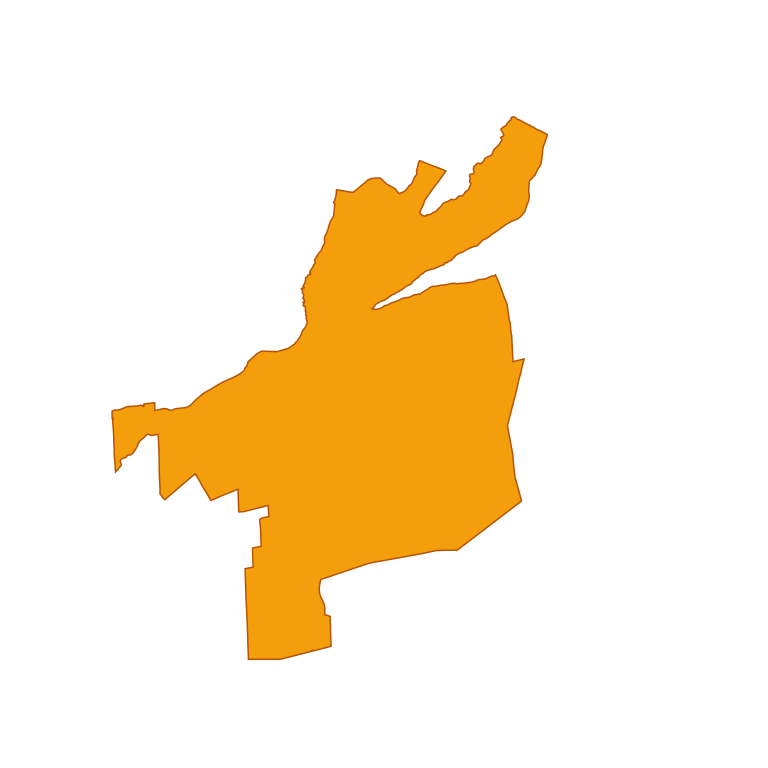 Baia, Suceava, Romania (Robinson projection), rotated 133°
{"feature_id": "2599482B74007881271800", "entity_name": "Baia", "entity_type": "district", "adm_level": 2, "iso_a3": "ROU", "parent_name": "Romania", "parent_adm1": "Suceava", "projection": "robinson", "projection_center": [26.198, 47.421], "detail": "fine", "context": "isolated", "style": "filled", "palette": "amber", "viewbox_px": 768, "rotation_deg": 133, "n_neighbors": 0, "source": "geoboundaries", "source_scale": "gbopen_adm2", "svg_char_len": 6160}
<svg xmlns="http://www.w3.org/2000/svg" viewBox="0 0 768 768"><g transform="rotate(133 384 384)"><path d="M631.4,520.4L627.5,520.3L625.2,520.7L623.0,520.6L621.9,521.3L621.7,522.2L620.4,524.2L618.5,524.9L616.7,524.5L614.8,523.1L612.5,522.7L611.8,522.9L610.9,522.7L610.2,522.4L608.7,521.0L605.8,520.4L600.9,521.2L597.4,522.2L594.8,523.2L592.0,523.7L585.9,523.0L582.7,523.0L581.6,522.2L580.1,518.8L575.9,515.8L575.0,514.7L586.6,502.7L603.9,486.1L613.2,476.5L616.8,473.2L617.2,472.7L617.6,469.8L617.9,469.3L618.1,465.4L592.6,462.6L578.4,460.8L581.0,451.7L582.7,447.0L585.1,438.0L587.3,431.3L580.6,428.1L577.3,426.9L560.5,419.0L576.6,403.0L573.4,399.8L551.9,385.9L559.5,377.6L561.4,379.2L564.9,381.7L567.7,382.5L568.7,381.8L571.4,378.7L571.3,378.4L586.5,363.1L593.6,368.3L607.2,354.9L613.8,359.6L633.8,339.8L651.7,321.4L677.8,295.4L656.0,272.1L628.7,254.6L628.6,255.1L626.9,253.7L626.9,253.3L611.9,243.9L590.7,264.9L593.0,270.0L588.1,274.6L585.8,277.6L582.5,285.8L580.6,288.8L578.0,291.8L574.0,294.6L570.0,296.9L528.2,274.3L523.8,271.7L481.1,239.8L470.3,232.3L463.4,225.5L457.4,218.9L456.5,218.3L456.1,217.2L375.7,203.6L363.8,223.0L363.8,223.4L355.8,232.9L347.7,241.8L330.3,265.3L298.9,282.4L290.2,287.6L283.3,291.2L274.3,296.4L270.1,298.6L279.7,304.9L261.0,324.2L261.0,324.7L252.7,334.1L252.1,335.6L241.5,348.7L239.5,353.3L231.1,369.9L228.2,376.9L229.6,377.1L231.9,379.0L237.1,381.2L239.7,382.9L243.3,386.1L247.5,387.9L250.4,389.9L257.1,395.3L257.5,396.1L258.0,396.3L258.3,397.0L259.4,397.5L261.0,399.1L262.5,401.6L263.2,402.3L264.0,402.6L264.7,403.4L269.3,406.5L273.5,410.2L276.9,412.5L279.3,414.9L282.1,416.2L284.5,416.6L287.3,417.5L291.7,418.6L293.6,418.6L294.4,419.1L294.2,419.8L294.6,420.4L295.6,420.5L298.5,422.9L303.0,424.5L307.1,427.8L309.5,429.1L312.2,430.0L316.0,431.8L320.0,434.1L323.5,435.0L326.5,437.1L329.6,437.6L333.7,439.8L335.5,441.4L337.0,444.0L335.6,443.9L330.4,444.3L329.5,443.6L328.1,443.5L324.1,441.8L322.3,440.7L312.4,438.7L311.5,437.9L309.6,437.6L307.8,436.7L301.1,434.9L297.2,434.4L293.0,432.5L291.2,432.4L288.4,432.8L287.2,432.4L285.4,432.3L282.5,431.6L279.2,431.8L276.5,430.9L273.9,430.7L270.6,429.3L265.4,426.0L264.4,425.5L263.3,425.3L262.3,424.5L258.7,423.1L257.6,422.4L255.3,421.4L254.9,421.5L254.4,422.0L253.2,421.7L252.7,420.9L251.8,420.3L250.7,420.6L249.6,420.3L248.8,419.5L247.5,419.1L240.5,419.1L237.2,418.2L233.7,416.4L228.4,414.8L224.0,413.0L219.2,410.1L211.4,409.9L206.1,407.9L201.0,407.2L197.0,406.1L185.2,403.8L178.3,401.8L172.0,398.7L168.5,398.3L166.2,398.2L161.5,398.7L156.2,401.3L151.0,403.3L147.1,406.1L144.5,409.6L137.1,415.7L135.6,416.1L128.4,416.0L122.4,417.9L116.3,419.1L111.0,422.6L102.7,428.9L91.3,433.9L90.2,434.8L92.3,442.5L93.5,445.2L94.4,450.6L95.3,452.5L95.3,454.1L96.7,457.5L98.2,464.2L99.4,467.3L99.6,469.7L100.1,471.2L100.5,471.9L102.4,472.6L103.2,472.2L103.8,471.1L104.3,471.1L105.3,471.8L107.2,471.5L109.0,471.8L109.8,471.7L111.1,471.0L115.3,472.1L117.5,472.4L118.6,471.3L118.5,470.5L119.5,468.3L119.7,467.3L120.6,465.9L121.0,465.8L121.8,466.0L123.1,466.8L124.5,466.7L124.6,465.1L124.9,464.4L125.9,463.6L126.5,463.5L127.2,463.9L127.8,463.8L129.1,463.3L131.3,463.0L137.3,463.5L143.1,461.5L144.3,461.8L147.7,463.3L150.0,464.1L150.8,464.0L151.8,463.4L153.1,463.2L156.3,463.3L157.4,463.8L157.8,464.6L157.9,465.4L158.8,466.3L161.0,466.2L162.7,466.6L165.3,465.8L166.2,464.8L168.1,462.0L168.7,461.9L169.5,462.1L171.7,464.1L172.7,464.0L173.3,463.6L174.4,461.7L177.8,459.2L178.0,458.8L178.0,457.7L178.3,457.1L179.6,456.3L181.0,456.1L182.8,455.4L183.7,454.7L184.4,454.9L185.5,454.8L187.6,455.6L191.5,455.0L193.5,455.2L195.1,457.2L196.8,457.6L199.3,457.4L200.1,457.6L202.4,459.2L202.9,460.9L205.2,461.1L208.7,462.7L209.9,463.5L212.0,463.9L215.7,463.4L218.2,463.8L221.0,463.7L222.7,463.9L225.5,465.2L227.5,465.4L229.0,466.2L230.7,467.8L231.4,468.2L232.8,467.9L234.6,470.8L234.5,473.9L234.2,474.9L225.3,477.8L221.8,479.5L206.7,481.6L200.2,482.1L186.0,484.0L187.8,489.1L191.7,498.3L196.1,509.8L196.6,510.3L198.8,509.7L201.4,507.9L205.1,506.1L206.4,505.1L208.3,503.0L211.8,502.8L214.9,501.5L218.2,500.4L220.0,500.4L221.9,500.9L223.5,500.5L228.1,500.3L229.5,500.6L234.0,502.5L234.4,503.5L233.7,508.9L233.8,510.0L235.8,517.8L236.0,520.9L235.8,526.9L238.2,529.7L241.9,533.1L245.6,534.9L252.4,535.6L264.2,537.2L265.6,538.1L274.3,551.2L278.1,548.1L283.7,545.0L285.5,544.9L285.9,544.3L285.8,543.4L286.4,542.4L294.5,536.2L296.8,534.9L300.7,534.5L307.0,531.7L308.4,530.7L309.6,530.4L312.0,529.1L314.9,528.4L317.5,527.3L318.3,526.8L319.9,525.1L320.1,524.6L321.0,524.0L321.5,523.4L324.9,522.8L327.3,521.5L329.2,521.1L331.0,520.8L331.5,521.1L334.1,520.5L337.0,520.3L338.5,519.6L340.3,519.5L340.9,519.2L342.1,516.9L345.0,516.6L346.0,516.3L346.7,515.7L350.0,515.4L352.5,514.8L353.5,514.0L353.1,513.2L353.7,512.7L354.2,512.6L355.1,513.0L355.5,513.6L356.1,513.8L358.4,513.1L358.9,513.6L359.7,513.8L361.4,512.4L363.9,510.9L368.2,509.6L368.1,508.7L367.8,508.3L368.0,508.0L368.6,508.1L370.6,509.5L371.0,509.1L371.2,507.1L372.6,506.4L373.1,505.8L373.3,504.2L373.6,503.4L376.1,502.0L376.6,502.0L376.4,500.7L377.3,500.0L377.1,499.0L377.3,498.6L378.3,498.6L378.4,498.0L378.7,498.0L379.6,498.8L379.8,498.7L379.6,497.6L379.7,497.3L381.4,497.0L381.8,495.5L381.2,494.7L381.1,494.3L381.4,493.9L384.4,491.2L384.6,490.9L384.4,490.2L385.3,489.9L387.0,488.1L387.2,487.7L387.0,486.6L388.8,485.9L389.4,485.3L391.1,481.9L392.1,481.8L394.8,480.8L395.4,480.3L400.7,479.9L405.8,477.8L411.9,476.7L413.4,477.0L415.8,476.7L423.3,478.3L433.2,484.2L443.5,496.0L448.5,497.5L460.4,498.6L463.8,496.8L467.3,496.5L469.1,495.6L470.6,495.6L472.5,495.9L475.3,496.4L481.8,498.6L490.0,502.2L497.7,504.9L506.9,507.4L513.1,509.5L521.6,510.7L532.0,511.1L536.3,512.8L544.6,519.9L547.4,520.9L549.2,522.8L550.3,525.9L551.4,527.5L553.0,529.0L559.7,533.5L554.1,539.0L562.2,545.9L563.2,545.4L563.6,544.6L564.3,544.4L564.5,545.9L565.3,547.3L568.8,549.8L570.8,551.7L571.3,552.5L572.9,553.5L573.9,554.8L575.2,555.9L578.2,557.6L581.6,559.0L584.5,560.8L585.9,562.1L586.4,563.1L589.3,564.4L594.4,559.5L593.8,559.0L594.7,558.1L595.0,558.3L605.8,546.8L613.4,539.3L615.4,536.9L618.3,534.6L622.4,530.1L622.5,529.8L631.4,520.4Z" fill="#f59e0b" stroke="#b45309" stroke-width="1.5"/></g></svg>